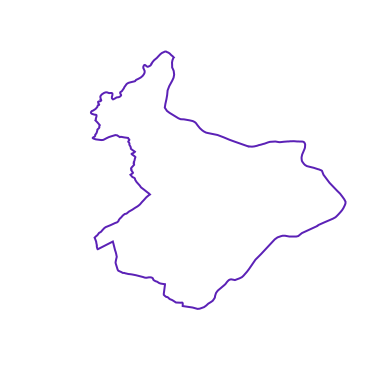 Flandes, Tolima, Colombia, rotated 37°
{"feature_id": "7082276B85738842293141", "entity_name": "Flandes", "entity_type": "district", "adm_level": 2, "iso_a3": "COL", "parent_name": "Colombia", "parent_adm1": "Tolima", "projection": "albers", "projection_center": [-74.854, 4.24], "detail": "fine", "context": "isolated", "style": "outline", "palette": "violet", "viewbox_px": 384, "rotation_deg": 37, "n_neighbors": 0, "source": "geoboundaries", "source_scale": "gbopen_adm2", "svg_char_len": 5907}
<svg xmlns="http://www.w3.org/2000/svg" viewBox="0 0 384 384"><g transform="rotate(37 192 192)"><path d="M282.4,96.9L279.7,97.6L278.8,98.0L274.7,99.4L269.8,101.5L268.1,102.2L266.1,102.4L264.5,102.2L263.5,101.9L262.4,101.6L261.0,101.0L260.2,100.2L259.0,98.9L258.5,98.1L257.9,96.8L257.4,95.7L256.7,92.8L255.9,89.7L255.5,88.6L254.3,86.7L253.8,86.0L253.2,85.5L252.6,85.2L252.0,84.9L251.6,84.9L251.3,84.8L250.8,84.9L250.1,85.1L245.5,88.4L242.8,90.1L239.8,92.5L238.4,93.8L237.6,94.4L235.1,96.6L232.8,98.8L231.7,99.7L228.2,101.5L224.7,104.5L224.0,105.1L222.8,106.7L220.8,109.8L220.1,110.6L218.5,112.8L217.2,114.3L216.3,115.7L215.5,116.7L214.1,118.3L212.6,119.7L211.2,120.6L210.2,121.2L209.2,121.7L209.3,121.8L195.5,126.2L190.6,127.7L184.3,129.3L178.1,131.1L169.5,135.2L167.5,136.1L165.2,136.5L163.1,136.6L159.9,136.3L156.3,135.4L153.7,134.6L152.0,134.5L149.9,134.9L146.8,136.3L141.9,138.8L140.6,139.7L139.1,140.7L136.8,141.3L126.4,142.3L123.2,142.3L119.5,141.0L117.7,137.6L115.7,133.2L113.8,129.5L111.4,125.6L110.1,121.1L109.2,115.0L108.5,111.8L107.1,109.0L104.5,106.3L102.2,105.0L101.2,104.5L99.9,102.8L98.1,100.6L97.0,98.3L96.4,95.9L96.5,95.5L94.7,95.2L93.3,95.2L90.6,94.8L88.8,95.0L87.9,95.3L86.9,95.4L86.0,96.0L85.8,96.3L84.3,99.1L83.8,101.0L83.5,103.5L83.2,106.4L83.0,107.1L82.7,108.4L82.4,109.7L82.3,112.2L82.4,114.0L82.6,114.0L82.7,115.0L82.7,115.8L82.4,116.7L81.9,117.7L81.5,118.4L81.2,118.7L80.9,118.8L80.1,118.9L78.6,118.8L77.9,118.9L77.7,119.1L77.5,119.3L77.5,120.2L77.6,120.9L77.8,121.3L78.4,122.2L81.3,123.8L82.0,124.7L82.4,125.5L82.7,127.0L82.7,129.0L82.2,131.3L81.0,134.0L80.0,135.9L79.9,136.1L79.8,137.4L79.8,137.7L79.5,138.2L76.7,141.6L75.7,142.9L75.2,143.9L74.9,144.8L74.8,145.2L74.9,149.1L75.2,150.3L75.2,151.2L75.3,153.6L75.2,154.0L74.7,155.4L74.7,155.6L74.8,155.8L75.2,156.3L75.6,156.6L76.5,156.9L77.1,157.3L77.2,157.5L77.2,158.7L76.7,159.9L76.2,160.6L75.0,161.7L74.7,162.2L74.5,162.9L74.4,163.3L74.0,163.9L73.6,164.9L73.4,165.3L73.1,165.6L72.3,165.5L71.6,165.3L71.3,165.0L70.6,163.9L70.3,162.9L69.8,162.0L69.3,161.4L69.0,161.2L68.7,161.2L68.2,161.3L67.3,162.0L66.3,162.9L64.1,163.6L63.5,164.0L63.0,164.5L62.5,165.2L62.1,165.9L61.7,167.0L61.2,168.5L61.2,169.5L61.2,170.4L61.4,171.0L61.7,171.4L62.9,172.4L63.2,172.8L63.2,173.0L63.8,173.0L64.0,173.2L64.4,173.5L64.4,173.9L64.2,174.6L63.7,175.1L62.9,176.0L62.8,176.6L63.6,177.4L65.2,178.0L65.3,178.6L64.7,179.4L64.8,180.1L65.2,181.1L65.0,183.7L64.0,186.5L63.3,187.6L63.2,188.6L63.5,189.4L64.1,189.8L65.1,189.8L67.6,188.9L68.7,188.2L69.3,188.1L69.9,188.6L70.3,189.3L71.1,191.4L71.6,192.0L71.7,192.9L74.4,193.3L78.1,194.1L78.1,194.6L78.3,195.1L78.7,195.7L79.0,196.0L79.2,196.4L79.2,196.8L79.2,197.4L79.0,198.3L78.9,199.1L79.3,199.7L80.2,202.1L80.3,202.9L80.3,204.6L80.9,205.4L80.9,206.3L80.3,207.8L80.1,208.3L80.2,208.6L80.5,208.7L81.6,208.5L83.6,207.8L88.3,205.1L88.9,204.6L89.6,204.0L90.3,202.8L91.3,200.6L92.5,198.3L93.8,196.4L96.5,192.7L98.1,191.8L101.3,191.6L102.0,190.7L105.2,189.1L108.4,187.3L109.4,187.8L110.3,187.8L110.6,188.1L110.7,188.5L110.7,189.0L110.7,189.9L110.8,190.2L111.0,190.3L112.1,190.5L112.8,190.8L113.0,191.1L113.3,191.7L113.5,191.9L114.1,192.2L115.4,192.7L116.4,193.4L117.1,194.2L117.4,194.3L118.7,194.3L120.1,194.3L121.4,194.2L122.2,194.2L122.2,194.7L121.6,196.3L120.9,197.6L120.8,197.8L120.9,198.0L121.2,198.1L124.6,198.0L125.8,198.2L126.5,200.2L126.9,200.9L127.3,201.9L127.4,202.7L127.5,203.2L128.1,203.4L128.2,203.6L128.2,204.3L128.3,204.4L128.9,204.6L129.4,205.1L129.3,205.6L129.2,207.3L129.0,208.8L129.1,209.8L129.9,210.2L130.1,210.4L130.1,210.6L130.1,211.0L132.9,212.0L133.3,212.2L133.3,212.8L132.5,215.3L135.4,215.9L135.9,215.8L137.2,215.5L137.8,215.5L138.2,215.6L138.5,215.8L139.0,216.2L139.6,216.6L141.8,217.4L146.4,218.3L148.5,219.0L152.1,219.0L156.0,219.1L158.6,219.1L159.9,219.3L159.4,220.7L158.7,223.8L158.4,227.4L158.1,230.0L157.9,233.3L157.6,234.6L157.2,236.1L156.0,239.1L155.0,242.0L153.4,245.7L152.8,248.4L152.4,249.1L151.8,249.7L151.5,250.1L150.9,252.4L150.7,255.2L150.4,256.5L150.4,258.4L150.7,259.2L150.6,260.8L150.3,261.5L149.3,263.0L146.9,267.5L144.2,272.0L143.7,273.6L143.4,276.4L143.3,278.3L143.1,279.1L142.4,280.5L142.4,283.6L142.0,285.0L141.7,287.1L142.3,287.4L145.3,289.3L146.4,290.4L148.2,291.9L148.3,292.3L149.3,293.3L150.8,294.4L151.2,294.4L158.6,279.2L160.9,281.0L165.6,284.8L167.1,285.8L169.1,287.4L169.7,288.0L170.7,288.8L171.0,289.2L172.2,292.0L173.1,293.8L173.3,294.2L174.1,295.0L179.4,298.8L180.2,299.1L180.6,299.2L183.3,298.6L184.1,298.4L184.8,298.4L185.3,298.3L185.5,298.2L186.6,297.4L187.9,297.0L188.4,296.7L189.4,296.3L190.9,295.6L191.8,295.0L193.6,294.0L197.3,292.2L204.0,289.4L205.8,288.8L207.0,288.1L207.6,287.5L208.3,286.8L208.8,286.2L210.2,285.1L211.3,284.6L212.2,284.5L212.6,284.5L213.3,284.9L213.7,285.2L214.2,285.4L214.9,285.4L216.5,285.2L218.3,284.6L220.5,284.5L221.8,284.1L223.4,283.3L225.9,281.9L226.2,282.3L230.8,290.4L231.4,291.1L233.0,291.3L233.8,291.3L234.5,291.3L235.7,290.7L237.0,290.7L237.4,290.8L238.2,290.9L239.1,290.8L240.9,290.3L242.6,290.1L245.7,289.9L249.5,287.3L250.6,286.3L250.8,286.2L251.0,286.2L251.4,286.4L251.7,286.6L253.2,288.7L262.0,283.9L266.8,282.0L268.4,280.5L270.9,276.7L271.7,274.1L272.2,271.3L273.3,268.6L274.0,266.4L273.9,263.2L273.5,261.9L273.1,261.4L272.0,258.3L271.9,256.3L272.0,254.9L273.9,246.6L274.1,245.5L274.1,242.4L274.4,240.3L275.0,239.1L275.8,238.2L277.8,237.2L279.3,236.5L282.0,232.2L283.1,230.0L283.5,227.9L283.9,222.5L283.9,219.2L283.4,207.8L284.1,203.0L284.5,200.0L286.6,180.0L287.6,176.8L289.6,173.8L290.7,172.4L292.5,171.0L296.7,168.9L302.0,164.9L303.4,163.2L303.9,161.1L304.5,158.7L312.5,143.8L312.4,143.7L312.7,143.0L312.7,142.6L313.1,141.8L315.8,136.9L320.6,128.5L321.8,125.8L322.2,123.5L322.5,120.8L322.7,118.5L322.8,116.1L322.6,113.7L322.0,110.6L321.5,108.9L320.5,107.4L318.0,106.2L314.8,105.2L311.2,104.2L307.3,103.7L296.3,101.9L286.6,99.1L283.1,96.9L282.4,96.9Z" fill="none" stroke="#5b21b6" stroke-width="2"/></g></svg>